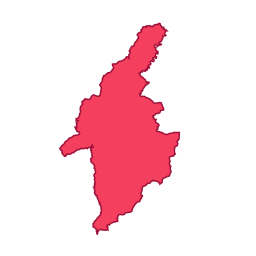 outline of Banjarnegara, Jawa Tengah, Indonesia, rotated 137°
{"feature_id": "22746128B31481808975183", "entity_name": "Banjarnegara", "entity_type": "district", "adm_level": 2, "iso_a3": "IDN", "parent_name": "Indonesia", "parent_adm1": "Jawa Tengah", "projection": "orthographic", "projection_center": [109.665, -7.356], "detail": "fine", "context": "isolated", "style": "filled", "palette": "rose", "viewbox_px": 256, "rotation_deg": 137, "n_neighbors": 0, "source": "geoboundaries", "source_scale": "gbopen_adm2", "svg_char_len": 5839}
<svg xmlns="http://www.w3.org/2000/svg" viewBox="0 0 256 256"><g transform="rotate(137 128 128)"><path d="M221.9,73.0L222.8,72.1L222.7,71.3L220.7,72.8L220.0,72.7L218.7,73.2L217.1,72.5L216.4,71.0L213.5,68.0L213.1,68.1L212.4,67.6L212.2,67.1L211.2,68.8L210.3,69.1L210.5,70.6L208.9,71.3L207.9,69.8L205.5,70.1L201.8,68.4L199.2,66.8L198.2,67.9L198.3,68.5L197.8,68.9L197.2,68.9L197.0,69.7L194.0,70.9L192.4,69.9L191.6,68.6L189.8,67.5L189.4,67.3L188.1,67.9L183.6,64.9L182.2,64.5L179.2,66.2L174.2,67.5L171.8,67.5L169.6,66.3L166.9,67.7L166.3,67.3L164.8,68.5L164.1,68.3L164.0,68.9L163.6,69.0L164.0,70.2L163.5,71.1L159.9,73.1L158.5,74.6L157.4,75.0L153.4,73.8L151.2,74.3L150.0,72.8L146.8,73.1L146.1,72.6L145.2,72.7L145.3,71.8L144.3,71.2L144.0,70.3L142.7,68.9L142.9,68.5L142.4,67.7L142.8,66.6L142.3,66.3L142.2,65.6L142.7,65.2L140.4,64.9L139.3,65.6L138.6,66.7L136.2,67.0L133.3,65.9L132.2,65.8L130.8,64.8L129.1,65.3L128.5,66.2L126.6,66.4L124.2,70.4L123.0,70.6L122.4,73.5L121.3,74.5L120.0,74.8L118.3,78.1L116.8,78.3L113.2,76.4L112.8,77.1L111.1,76.8L110.9,77.9L110.2,79.1L107.2,81.9L105.6,82.1L104.6,81.5L103.4,81.9L102.2,82.7L101.2,84.8L100.1,85.0L99.3,84.8L98.2,85.1L93.5,89.7L97.4,93.4L98.8,93.9L101.3,95.7L104.0,96.6L105.6,98.9L106.3,101.7L107.1,102.5L107.9,104.5L109.0,105.7L109.2,106.4L108.2,107.2L107.4,106.9L106.0,107.6L105.8,107.9L106.1,108.5L105.8,108.8L105.2,108.4L104.2,108.6L104.1,109.0L103.3,109.0L103.1,110.5L103.9,113.4L103.2,114.4L101.6,115.0L102.2,115.5L102.5,114.9L102.8,115.0L102.4,116.5L102.9,117.2L102.6,118.4L101.8,118.5L102.0,119.2L101.7,119.9L99.5,119.3L97.5,119.4L97.2,119.0L96.6,118.8L96.2,118.2L94.4,117.5L92.0,118.5L89.6,116.9L89.2,117.2L86.6,123.6L86.9,124.5L91.6,127.8L92.0,128.5L91.9,131.4L92.7,135.6L93.8,137.4L94.4,139.9L97.1,142.5L97.0,143.8L96.3,144.0L96.2,144.9L95.0,144.2L94.8,145.6L93.0,145.2L92.8,146.0L91.6,145.5L91.2,146.2L86.7,147.1L86.3,147.5L85.2,146.9L84.1,147.5L83.8,147.0L83.2,147.3L82.8,146.6L81.8,146.7L81.5,147.1L83.3,149.7L82.4,151.3L82.7,153.0L82.7,154.9L83.2,156.7L83.0,159.6L82.5,159.5L82.2,160.4L81.3,159.7L80.1,160.2L79.3,159.2L78.2,160.1L76.8,157.8L76.1,157.7L76.1,158.3L75.5,158.8L74.2,157.3L73.7,157.7L74.3,158.2L73.1,158.9L72.3,158.7L71.8,157.5L71.1,157.6L70.8,158.3L71.3,159.5L70.9,159.9L70.1,159.9L68.5,159.0L67.8,159.2L67.3,159.5L67.1,160.8L66.3,161.3L64.9,161.0L64.3,159.3L63.4,159.2L62.3,160.3L62.3,160.8L62.9,161.5L62.3,162.3L60.3,161.8L60.1,160.1L59.7,159.8L58.6,160.6L59.2,161.4L58.2,162.7L56.6,163.6L55.9,162.1L55.5,162.0L55.0,162.4L55.7,163.0L55.6,163.3L54.1,163.5L54.6,166.4L52.5,167.9L53.1,169.0L52.7,170.3L51.4,170.3L50.2,169.7L50.7,167.5L49.1,167.6L47.2,166.3L46.5,166.5L47.5,168.3L47.5,168.9L47.1,169.2L44.3,168.7L43.6,169.2L41.6,169.8L40.2,170.8L39.7,171.6L38.0,170.1L37.1,169.9L37.1,171.7L36.7,172.3L34.1,173.2L33.2,172.5L33.3,173.7L33.8,173.6L34.0,174.1L34.1,175.1L33.7,175.7L34.3,175.8L34.7,176.6L34.5,177.2L33.6,177.5L34.3,177.9L34.5,178.7L34.1,179.6L34.4,180.0L34.2,180.9L33.4,182.2L33.5,182.7L34.2,183.5L35.0,183.6L35.4,183.1L35.9,183.3L36.9,184.6L38.3,185.4L39.8,185.4L40.2,185.1L40.9,185.9L41.3,185.7L41.9,186.6L42.1,187.9L43.7,188.9L44.9,190.2L45.5,190.1L45.7,189.4L47.7,191.5L48.8,191.4L50.4,190.7L51.8,190.8L52.2,190.3L52.2,189.7L52.9,189.2L55.0,190.2L57.0,190.2L57.8,189.8L58.0,187.8L59.0,186.9L61.9,186.0L65.3,185.5L67.7,184.1L68.5,184.3L69.5,185.2L74.2,183.6L74.7,183.3L74.5,182.6L75.2,181.4L77.4,181.0L78.0,180.2L79.0,179.7L79.7,178.6L80.0,180.5L80.4,181.1L83.2,180.5L86.8,181.3L89.3,182.9L93.2,182.9L94.1,184.1L95.8,185.3L96.6,184.3L97.1,182.5L97.9,181.5L98.6,181.2L99.4,181.5L100.8,180.8L103.8,180.9L105.0,182.1L109.3,182.2L110.1,182.9L110.6,182.2L112.4,182.0L112.6,181.4L113.8,181.0L115.2,179.6L119.0,179.0L118.9,178.4L119.6,177.9L119.6,176.3L121.0,174.6L121.8,174.3L125.7,171.2L127.3,171.0L127.9,171.3L129.1,172.6L130.3,175.2L130.9,175.9L133.1,176.1L135.0,175.3L136.7,175.1L139.1,177.8L139.2,178.5L140.9,178.6L141.3,178.1L142.4,178.2L143.2,178.7L144.4,178.1L144.8,176.4L148.2,176.0L150.8,173.7L151.1,172.8L152.4,171.6L153.7,171.4L155.2,170.0L157.4,169.3L159.8,170.1L160.0,169.5L160.8,168.8L160.3,168.8L159.5,167.3L160.3,167.2L160.5,167.6L161.3,166.8L162.5,166.8L162.8,165.8L163.6,165.0L164.4,164.8L164.6,163.7L165.3,163.2L165.8,163.0L166.3,164.4L167.7,160.0L166.5,158.8L166.7,157.5L167.3,156.8L169.5,157.1L172.7,159.4L175.4,159.6L178.0,160.6L181.0,160.3L183.3,160.7L185.9,159.9L188.4,160.2L189.2,159.8L191.6,159.7L192.3,158.2L191.9,157.4L192.2,157.2L192.0,156.3L192.2,155.6L192.9,155.3L193.5,154.4L193.7,150.8L192.4,150.6L192.8,150.0L192.5,149.9L190.3,150.5L188.7,148.6L186.6,147.9L185.3,147.8L184.4,146.9L183.7,147.2L181.1,146.7L179.9,147.1L179.6,146.2L177.8,145.2L176.0,145.2L175.6,143.9L174.6,143.2L173.4,142.8L172.9,142.0L171.8,141.5L171.9,140.7L170.1,140.7L168.3,139.3L167.1,139.3L165.9,140.0L166.0,139.2L166.7,137.6L167.5,138.3L168.5,138.1L169.4,138.3L169.4,137.2L170.5,137.1L170.6,136.0L171.3,135.5L171.9,133.4L173.1,132.8L173.3,131.7L174.0,130.9L174.4,130.7L175.6,131.1L176.9,130.3L177.0,129.5L177.8,129.0L178.2,128.1L177.8,125.9L178.4,122.9L180.2,121.7L179.9,121.2L180.2,120.2L180.8,119.7L181.5,118.2L182.6,117.2L183.4,117.4L185.0,116.8L185.6,116.1L186.1,114.1L187.7,113.4L188.1,112.0L189.3,110.8L189.2,110.5L190.6,110.0L190.8,109.4L191.3,109.4L191.3,108.5L192.0,108.3L192.3,107.8L193.1,108.1L192.9,107.7L193.5,107.0L193.9,107.0L194.0,106.2L194.7,105.8L195.0,104.5L195.9,103.8L196.4,103.9L196.8,102.4L197.4,102.0L196.9,100.6L197.5,100.1L196.8,99.4L198.1,98.0L198.7,95.8L199.9,93.2L199.6,92.0L200.6,91.9L200.4,91.4L201.3,89.7L201.3,88.5L203.0,87.1L203.7,85.7L204.6,84.9L205.7,84.9L206.4,83.7L207.1,83.7L208.3,83.0L209.1,83.3L210.2,82.8L211.2,83.2L212.3,83.0L213.1,82.5L215.3,82.6L216.6,82.4L217.6,81.7L219.0,81.8L220.2,80.0L220.9,79.7L220.0,76.4L220.6,75.6L220.3,74.5L221.5,74.1L221.9,73.0Z" fill="#f43f5e" stroke="#9f1239" stroke-width="1.5"/></g></svg>